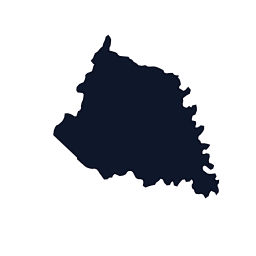 Urupema, Santa Catarina, Brazil (Robinson projection), rotated 249°
{"feature_id": "56859067B45014114874295", "entity_name": "Urupema", "entity_type": "district", "adm_level": 2, "iso_a3": "BRA", "parent_name": "Brazil", "parent_adm1": "Santa Catarina", "projection": "robinson", "projection_center": [-49.915, -28.011], "detail": "fine", "context": "isolated", "style": "filled", "palette": "ink", "viewbox_px": 256, "rotation_deg": 249, "n_neighbors": 0, "source": "geoboundaries", "source_scale": "gbopen_adm2", "svg_char_len": 3065}
<svg xmlns="http://www.w3.org/2000/svg" viewBox="0 0 256 256"><g transform="rotate(249 128 128)"><path d="M34.8,186.9L36.2,189.2L38.6,190.0L41.0,190.0L43.4,190.4L44.4,192.4L46.5,193.5L47.1,190.7L49.7,190.3L51.5,192.6L53.8,192.5L54.4,189.7L55.3,187.2L56.5,185.4L58.8,183.9L61.0,182.5L62.8,182.3L65.3,183.2L66.6,185.6L65.1,187.7L62.1,189.3L60.1,190.5L60.3,192.6L62.3,194.1L64.3,192.7L65.9,190.6L68.6,190.9L70.6,192.0L72.3,193.4L74.3,193.8L75.7,191.8L75.6,189.3L77.2,187.3L80.2,188.7L81.8,191.4L80.4,193.3L81.5,195.6L82.9,197.6L84.1,196.1L85.7,193.5L87.1,190.0L90.0,190.1L92.6,188.7L95.7,190.5L96.8,193.6L98.6,196.5L99.9,197.9L102.3,198.9L103.6,196.9L102.8,193.6L103.5,190.5L105.8,190.7L107.6,192.4L109.6,192.9L110.7,191.3L111.8,189.3L114.3,190.3L117.0,192.3L117.2,195.4L120.0,197.9L122.7,198.9L124.8,199.2L125.2,196.4L123.2,194.0L125.8,192.7L125.0,190.3L126.2,188.1L128.6,186.4L131.3,187.0L133.6,188.5L136.6,189.3L137.3,191.3L138.1,193.9L138.6,197.6L141.2,199.5L143.9,198.6L142.2,195.3L142.0,192.7L143.5,191.6L145.1,190.5L146.8,188.9L149.0,190.3L150.1,192.3L152.9,192.8L155.2,192.8L157.1,191.8L158.6,193.1L159.6,190.9L160.9,189.5L162.9,188.8L163.9,185.8L164.5,183.2L166.3,181.0L169.0,181.0L171.2,179.1L172.8,177.5L174.5,175.6L175.6,173.7L176.7,170.3L177.8,167.8L179.8,166.3L180.4,162.8L182.4,159.6L184.8,158.5L187.3,156.4L190.0,155.6L191.4,153.9L193.8,153.3L195.4,150.1L196.7,147.4L197.8,145.5L199.6,144.2L201.4,144.0L202.9,142.7L204.9,140.0L206.4,137.7L208.3,138.1L210.3,139.0L211.6,140.6L214.2,142.0L216.7,143.2L218.8,143.2L221.2,142.5L220.5,140.3L218.1,138.7L215.3,135.8L212.6,133.9L212.0,131.8L211.1,130.0L209.6,127.5L208.9,124.3L206.9,122.4L205.0,120.7L203.8,118.2L200.8,119.2L199.0,120.5L197.9,118.6L194.8,116.4L193.2,115.0L193.1,112.5L193.1,109.6L192.1,107.6L190.3,107.1L188.2,105.6L185.9,103.2L185.9,100.9L185.7,98.4L184.1,95.3L181.6,94.0L179.7,94.4L178.6,96.6L177.5,98.9L174.9,99.4L172.0,97.8L170.1,96.7L167.7,94.3L164.9,92.5L163.2,92.2L161.1,90.1L160.8,87.7L159.1,86.3L156.5,84.3L157.6,81.4L159.4,80.4L160.8,79.1L162.5,77.1L163.4,74.6L160.3,72.9L158.1,70.6L156.8,68.4L155.4,64.4L155.3,62.1L154.1,60.5L151.8,58.5L148.2,56.5L118.8,70.6L117.0,70.1L114.9,71.2L112.6,72.3L110.7,73.4L108.8,74.3L106.5,75.8L104.7,78.0L103.4,80.1L102.7,82.7L100.9,84.7L98.5,85.5L95.7,86.0L93.3,86.8L91.3,87.2L89.1,87.8L88.3,90.4L89.2,92.7L88.3,95.2L90.0,97.0L90.7,99.4L88.8,101.4L86.8,103.4L86.1,106.6L86.4,109.2L87.9,111.0L88.4,113.0L87.4,116.1L85.2,117.4L82.6,117.7L80.6,117.9L78.8,118.2L77.2,119.6L76.5,121.6L74.7,123.9L72.2,123.8L70.5,123.1L68.9,122.0L66.9,123.3L66.9,126.4L66.6,129.7L66.1,132.6L67.6,134.4L68.4,137.6L69.9,140.3L68.4,142.4L66.5,142.8L64.0,142.9L61.1,144.2L60.6,146.5L62.7,148.8L63.1,151.0L61.2,151.6L58.2,151.1L56.7,153.0L58.3,155.0L59.7,157.4L61.0,160.1L60.3,163.3L57.4,163.5L56.8,166.5L58.4,168.7L56.7,170.2L53.4,170.0L51.5,167.6L49.0,167.0L46.5,168.3L44.7,167.9L42.7,168.4L41.5,170.8L41.0,173.2L39.2,175.0L37.3,175.4L35.5,175.6L36.2,178.4L38.8,180.5L40.5,183.3L38.2,185.5L36.9,186.8L34.8,186.9Z" fill="#0f172a" stroke="#020617" stroke-width="1.5"/></g></svg>